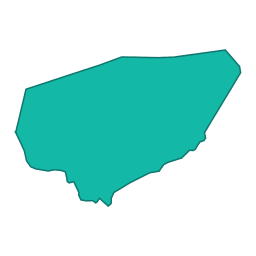 outline of Shamal Jabal Marrah, North Darfur, Sudan
{"feature_id": "16777658B34833163736503", "entity_name": "Shamal Jabal Marrah", "entity_type": "district", "adm_level": 2, "iso_a3": "SDN", "parent_name": "Sudan", "parent_adm1": "North Darfur", "projection": "albers", "projection_center": [24.528, 13.273], "detail": "fine", "context": "isolated", "style": "filled", "palette": "teal", "viewbox_px": 256, "rotation_deg": 0, "n_neighbors": 0, "source": "geoboundaries", "source_scale": "gbopen_adm2", "svg_char_len": 4202}
<svg xmlns="http://www.w3.org/2000/svg" viewBox="0 0 256 256"><path d="M15.4,131.9L15.5,132.1L20.9,143.3L24.3,150.8L26.6,160.9L30.7,166.7L35.5,168.8L48.2,171.0L54.1,169.8L61.0,170.4L65.4,171.9L66.9,178.6L67.2,181.4L69.2,182.9L73.8,181.7L79.0,192.8L78.7,195.0L80.9,199.9L86.5,200.9L92.7,200.6L95.5,202.7L95.7,202.9L95.9,202.7L97.1,201.9L97.7,201.0L98.0,200.5L98.4,199.8L98.5,199.7L98.7,199.4L98.8,199.2L99.0,198.9L99.2,198.7L99.3,198.4L99.6,198.3L99.8,198.5L100.0,198.8L100.3,199.0L100.7,199.3L100.8,199.4L101.4,200.0L101.7,200.3L102.3,200.8L102.5,201.0L102.9,201.3L103.1,201.5L103.3,201.7L103.9,202.2L104.2,202.5L104.7,203.0L105.2,203.4L105.7,203.8L105.9,204.0L106.3,204.4L106.8,204.8L107.0,205.0L107.3,205.2L107.5,205.5L108.0,205.8L108.2,206.0L108.5,205.8L108.5,205.7L108.9,205.5L109.1,205.3L109.3,205.2L109.5,205.0L109.8,204.8L110.2,204.3L110.3,204.2L110.5,204.1L110.6,203.9L110.8,203.7L111.0,203.5L111.2,203.2L111.2,202.8L111.2,202.6L111.2,202.3L111.2,202.2L111.2,201.7L111.2,201.4L111.2,200.9L111.2,200.7L111.3,200.4L111.2,199.8L111.2,199.6L111.2,198.4L112.3,196.0L112.5,195.4L113.7,192.9L113.8,192.5L122.0,187.6L125.4,185.5L130.2,182.6L132.1,181.7L139.9,177.7L141.1,177.1L147.1,174.1L149.6,172.8L154.3,172.0L157.4,171.5L159.1,171.2L161.3,167.9L161.9,167.2L163.6,164.7L165.6,163.6L167.6,162.5L168.0,162.3L175.6,159.9L177.1,159.4L177.3,159.3L180.7,158.3L181.5,158.1L181.8,157.8L182.1,157.6L182.5,157.1L182.9,156.7L183.2,156.5L183.3,156.3L185.5,154.2L187.7,152.1L188.7,151.1L189.2,150.6L189.3,150.4L189.5,150.3L189.8,150.3L190.0,150.3L190.8,150.4L191.4,150.4L192.0,150.4L192.4,150.5L192.7,150.5L193.1,150.5L193.4,150.3L193.6,150.3L193.7,150.2L193.9,150.1L194.4,149.8L194.8,149.6L195.0,149.5L195.3,149.3L195.6,148.8L195.9,148.3L196.2,147.7L196.6,147.0L196.9,146.5L197.0,146.3L197.1,146.1L197.3,145.8L197.4,145.6L197.9,144.8L198.5,143.9L198.8,143.6L199.4,142.8L199.5,142.6L199.6,142.4L199.8,142.2L199.9,141.9L200.1,141.9L200.5,141.7L200.9,141.6L201.7,141.3L202.0,141.2L203.1,140.8L203.4,140.7L203.6,140.7L204.0,140.5L204.1,140.4L204.3,140.1L204.4,139.9L204.6,139.6L205.1,138.7L205.3,138.5L205.4,138.4L205.4,138.2L205.6,138.0L205.5,137.8L205.4,137.4L205.4,137.1L205.3,136.9L204.6,133.4L204.5,132.7L204.8,132.3L205.0,131.9L205.4,131.1L205.8,130.5L206.9,128.6L208.0,126.8L209.0,125.1L213.6,117.4L214.4,116.1L215.6,114.2L221.4,104.6L222.2,103.2L231.0,88.7L237.3,78.1L240.3,73.2L240.6,72.7L240.0,69.1L239.7,67.4L239.7,67.1L239.6,66.6L239.5,66.4L239.3,66.2L239.1,65.9L238.9,65.7L238.7,65.5L238.5,65.3L236.4,62.9L236.0,62.4L235.5,61.8L232.8,58.6L231.7,57.4L231.5,57.2L228.4,53.6L228.1,53.2L226.8,51.7L226.0,50.8L225.6,50.3L225.5,50.1L225.4,50.0L225.0,50.0L224.6,50.1L224.4,50.1L224.0,50.2L223.7,50.2L223.1,50.3L222.8,50.3L221.8,50.5L221.4,50.5L221.0,50.6L220.7,50.6L220.2,50.7L219.9,50.7L219.8,50.8L219.6,50.8L219.2,50.8L218.8,50.9L218.3,51.0L218.1,51.0L217.7,51.1L217.3,51.1L216.9,51.2L216.6,51.2L216.2,51.3L215.9,51.3L215.1,51.4L214.8,51.5L214.7,51.5L214.0,51.6L213.5,51.6L213.2,51.7L212.9,51.7L212.7,51.7L211.1,52.0L210.9,52.0L210.7,52.0L209.4,52.2L208.3,52.4L207.1,52.5L205.3,52.8L205.1,52.8L204.0,53.0L203.8,53.0L203.0,53.1L202.7,53.1L196.0,54.1L195.1,54.2L193.8,54.4L191.0,54.7L186.7,55.3L185.8,55.5L184.1,55.7L183.6,55.8L183.3,55.8L183.0,55.8L182.0,56.0L176.7,56.7L176.3,56.8L174.1,57.1L173.7,57.1L173.4,57.2L173.2,57.2L172.8,57.2L171.1,57.2L170.3,57.3L170.2,57.3L169.6,57.3L169.4,57.3L168.9,57.3L168.5,57.3L167.4,57.4L166.9,57.4L164.7,57.4L163.6,57.5L162.8,57.5L161.6,57.5L160.9,57.6L160.6,57.6L157.9,57.7L157.2,57.6L156.5,57.6L156.1,57.6L155.1,57.6L154.0,57.6L148.6,57.5L148.2,57.5L146.1,57.4L142.5,57.4L136.4,57.2L126.9,57.1L124.1,57.0L122.5,57.0L121.6,57.0L99.1,65.3L83.9,70.2L80.9,71.2L79.2,71.8L78.2,72.1L77.6,72.3L76.1,72.8L75.7,72.9L73.8,73.5L73.2,73.7L72.3,74.0L71.2,74.4L70.7,74.6L69.8,74.8L64.7,76.5L62.6,77.2L61.4,77.6L56.6,79.2L53.0,80.3L49.3,81.6L43.0,83.7L41.9,84.0L41.7,84.1L41.0,84.3L30.3,87.8L29.4,88.1L27.5,88.7L27.1,88.8L26.5,89.1L26.2,89.2L25.9,89.7L25.8,90.2L25.4,91.8L25.3,92.1L24.7,94.9L24.5,95.8L21.2,109.4L20.9,110.7L18.3,121.8L16.9,127.3L16.4,129.5L16.3,129.9L16.2,130.7L16.0,131.3L15.9,131.9L15.5,131.9L15.4,131.9Z" fill="#14b8a6" stroke="#0f766e" stroke-width="1.5"/></svg>